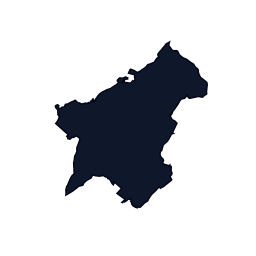 the district of Snēpeles pag., Kuldigas, Latvia, rotated 314°
{"feature_id": "27541924B13518565761243", "entity_name": "Snēpeles pag.", "entity_type": "district", "adm_level": 2, "iso_a3": "LVA", "parent_name": "Latvia", "parent_adm1": "Kuldigas", "projection": "natural_earth1", "projection_center": [21.939, 56.845], "detail": "fine", "context": "isolated", "style": "filled", "palette": "ink", "viewbox_px": 256, "rotation_deg": 314, "n_neighbors": 0, "source": "geoboundaries", "source_scale": "gbopen_adm2", "svg_char_len": 5518}
<svg xmlns="http://www.w3.org/2000/svg" viewBox="0 0 256 256"><g transform="rotate(314 128 128)"><path d="M121.1,195.4L122.1,192.5L122.1,192.0L125.0,191.7L125.2,191.3L126.0,191.1L126.5,190.5L126.5,189.9L127.0,188.8L130.1,186.1L130.3,185.7L130.0,184.5L130.5,183.8L129.4,183.8L128.7,182.4L127.4,179.9L127.0,179.0L126.3,177.5L129.4,176.1L130.1,174.2L129.8,172.3L131.4,168.9L132.5,168.6L133.0,167.9L134.8,167.5L135.1,167.9L139.9,165.3L140.3,165.1L140.7,165.1L145.9,165.5L148.0,165.1L152.5,163.9L152.9,163.7L153.2,163.4L153.7,163.5L155.7,164.4L155.3,163.4L156.8,162.8L165.4,159.9L165.4,158.5L165.6,157.2L165.4,156.4L165.3,155.7L164.8,154.6L164.7,153.2L165.1,152.7L165.2,152.4L165.4,151.7L166.1,149.3L166.3,149.4L166.7,149.5L166.9,149.8L167.5,150.0L169.4,149.4L170.9,148.7L173.4,148.4L175.9,148.0L178.5,147.6L180.5,147.2L183.9,146.3L185.9,146.2L187.1,147.0L188.7,148.1L189.9,148.0L191.6,147.8L192.2,147.3L191.9,150.6L192.2,151.7L193.1,152.4L196.6,154.7L199.6,156.7L201.7,159.9L201.7,160.0L203.0,160.3L204.4,160.3L206.3,160.8L207.2,160.9L208.8,159.1L214.3,154.8L215.5,153.1L215.4,150.7L215.0,146.7L214.7,144.9L215.7,142.5L216.2,141.0L216.7,140.5L216.9,140.2L217.5,139.1L218.0,138.8L218.7,137.9L218.9,136.9L218.6,134.8L218.7,133.8L219.0,132.5L219.4,131.1L219.3,130.1L218.8,128.0L218.4,125.0L218.2,122.8L216.8,119.0L216.5,117.0L216.4,115.1L216.4,114.1L216.7,112.9L217.6,110.8L217.6,109.8L217.1,108.9L215.4,107.2L215.0,106.9L214.7,106.2L214.8,104.8L215.3,102.4L215.4,100.7L215.8,100.0L216.9,99.1L218.6,98.1L217.7,97.9L215.1,97.0L213.2,97.3L210.4,97.5L209.1,97.5L208.6,97.7L204.2,97.9L201.8,98.2L200.8,99.6L200.5,100.1L200.4,100.4L200.4,101.1L200.4,101.3L200.2,101.3L199.4,100.9L199.1,100.8L198.7,100.4L198.5,100.5L196.7,100.5L195.6,100.8L195.3,100.8L193.2,101.2L191.6,100.3L190.5,99.9L188.7,99.1L187.4,98.2L185.3,98.5L184.5,98.5L183.4,98.4L182.0,98.2L180.1,97.7L179.1,97.5L178.2,97.4L177.0,97.1L175.7,96.8L174.8,96.4L175.0,96.3L174.3,96.0L174.3,95.8L173.6,92.6L172.1,89.0L171.2,89.0L169.3,89.7L167.8,90.3L169.4,93.1L169.8,93.8L169.9,94.1L171.3,95.1L169.4,97.1L168.5,98.2L167.4,99.7L167.2,99.8L167.3,99.9L167.0,100.0L165.7,99.8L165.5,98.6L164.3,98.6L162.4,98.8L160.8,97.2L160.1,95.9L159.7,95.4L158.4,94.3L158.9,93.1L157.9,92.6L157.0,92.6L156.7,91.7L158.9,91.6L159.4,92.4L161.1,92.1L163.0,93.7L163.7,92.9L163.8,92.9L163.1,91.0L163.1,90.9L160.0,89.5L158.4,87.4L158.1,87.2L157.9,87.1L156.1,87.1L155.1,87.1L154.4,87.6L154.4,89.3L153.5,89.6L150.7,89.6L149.7,89.2L143.9,87.9L141.0,86.3L137.3,85.1L136.8,84.8L133.4,84.0L130.7,84.0L129.6,84.2L126.0,84.7L125.9,85.4L124.6,84.9L123.3,85.2L123.1,85.1L123.8,84.2L124.2,83.6L124.3,83.3L124.6,82.6L124.2,82.6L123.6,82.7L123.4,82.8L122.7,82.9L122.6,83.0L122.4,83.1L121.6,82.7L121.3,82.6L120.1,82.9L119.4,82.9L118.9,82.9L118.7,83.0L118.8,82.0L118.7,81.8L118.4,81.7L118.0,81.8L117.9,81.8L117.6,81.6L116.9,81.3L116.7,81.2L116.5,80.7L116.6,80.3L115.5,79.5L114.8,79.2L113.7,78.8L113.8,78.8L113.6,78.7L113.5,78.4L113.5,78.2L113.4,78.2L113.2,78.0L113.1,77.9L112.9,77.8L112.8,77.5L112.8,77.4L112.7,77.3L112.6,77.1L112.3,76.8L112.1,76.7L112.3,76.4L112.5,76.2L112.4,75.7L111.4,74.9L111.3,73.3L111.3,70.8L108.5,69.8L106.6,68.9L103.1,67.9L102.4,67.2L101.5,66.6L99.4,67.3L98.5,67.5L97.3,66.2L94.8,65.8L94.0,63.4L96.0,62.8L95.9,61.8L95.7,61.1L94.3,60.6L93.3,60.5L92.6,61.6L92.4,62.6L92.3,63.2L92.4,63.8L92.0,65.2L91.4,65.9L90.9,66.2L90.8,66.3L90.3,66.9L90.1,67.5L90.0,68.2L89.1,68.0L88.8,69.5L88.5,70.1L89.0,70.7L85.1,72.2L84.1,72.4L83.5,72.6L81.0,72.9L81.2,76.4L81.2,77.1L81.4,81.6L81.4,82.4L81.6,86.6L81.7,87.7L81.8,89.6L79.5,89.7L79.5,90.3L79.1,91.5L78.8,91.9L78.5,92.2L79.5,93.3L79.5,93.9L80.1,94.2L82.2,94.0L83.3,95.4L85.0,95.8L86.4,96.4L86.8,97.9L87.0,100.8L85.7,101.6L85.0,102.0L84.3,102.3L83.3,102.8L82.9,102.9L82.6,103.1L81.9,103.4L80.8,103.9L79.0,104.6L78.5,104.8L77.0,106.1L75.7,107.5L73.1,108.6L71.4,109.0L70.6,109.3L67.9,111.4L66.8,112.2L65.3,113.0L62.7,115.7L61.2,117.5L60.2,118.4L59.5,119.0L59.3,119.3L58.9,119.9L58.8,120.4L58.3,120.5L57.6,120.9L57.6,121.0L54.9,121.0L54.9,120.9L52.1,121.5L48.2,123.0L46.1,123.8L44.7,124.4L43.5,124.5L42.6,124.9L41.1,125.9L40.4,126.2L39.3,127.4L37.9,128.9L36.6,129.9L37.8,130.3L40.8,131.1L44.2,132.0L49.7,132.8L51.3,132.9L51.8,133.0L55.2,135.1L55.3,135.1L55.5,135.2L57.9,134.4L61.3,134.6L66.4,136.1L66.5,136.1L69.8,135.2L70.1,136.0L71.2,137.9L71.2,138.0L71.8,138.7L72.4,139.5L72.9,140.2L74.2,141.5L75.6,142.5L76.9,143.2L76.8,144.3L76.9,144.9L77.2,145.6L77.4,145.7L77.7,146.6L78.0,147.8L77.6,148.9L77.9,149.3L78.5,149.7L77.9,152.2L77.0,155.3L76.9,156.9L78.5,156.4L79.7,155.1L80.1,165.4L73.3,165.5L73.6,167.9L74.1,171.0L74.6,175.2L73.7,175.5L70.5,175.3L70.2,175.3L70.3,175.5L70.4,175.8L70.8,175.8L71.8,176.1L72.0,176.2L72.2,176.7L72.3,176.7L72.6,176.9L72.9,176.9L73.2,177.1L73.4,177.0L73.5,177.1L74.0,177.1L74.2,177.3L74.3,177.4L74.4,177.5L74.7,177.4L74.8,177.5L76.3,177.5L76.8,177.6L77.3,177.8L77.6,177.9L77.6,178.1L77.7,178.3L77.8,178.9L78.2,179.5L79.0,179.5L78.7,179.9L78.3,180.2L78.0,180.6L77.8,180.8L77.6,180.9L77.2,181.0L77.4,181.3L77.2,181.5L77.1,181.9L76.6,182.4L76.6,182.5L76.4,182.8L75.9,183.5L75.9,184.5L76.0,184.6L75.8,184.8L75.7,184.8L75.5,185.7L75.8,186.8L75.9,187.6L76.2,188.3L76.3,188.7L76.7,189.4L76.9,189.9L77.0,190.1L77.8,189.8L79.5,191.8L79.8,191.9L81.3,191.8L83.0,192.0L84.0,191.9L86.0,192.0L86.6,192.1L87.9,192.5L89.4,192.8L90.8,192.2L91.5,192.1L94.4,191.4L97.4,191.1L101.1,191.4L105.0,191.3L107.6,191.2L107.1,193.1L110.0,194.0L110.7,194.2L120.6,195.5L120.9,195.5L121.1,195.4Z" fill="#0f172a" stroke="#020617" stroke-width="1.5"/></g></svg>